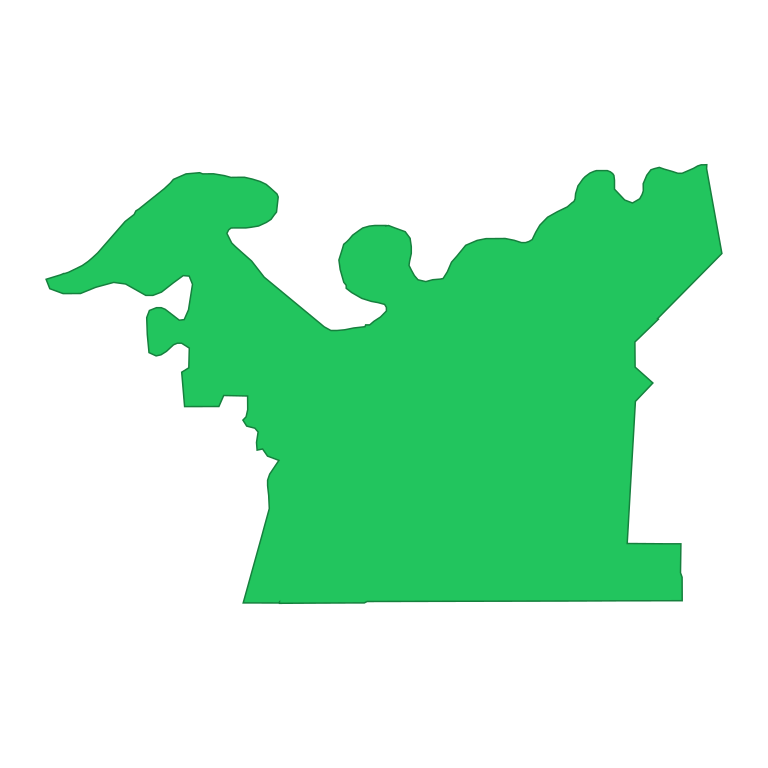 the district of Foni Kansala, West Coast, Gambia
{"feature_id": "56634734B42615963496738", "entity_name": "Foni Kansala", "entity_type": "district", "adm_level": 2, "iso_a3": "GMB", "parent_name": "Gambia", "parent_adm1": "West Coast", "projection": "albers", "projection_center": [-16.082, 13.232], "detail": "fine", "context": "isolated", "style": "filled", "palette": "green", "viewbox_px": 768, "rotation_deg": 0, "n_neighbors": 0, "source": "geoboundaries", "source_scale": "gbopen_adm2", "svg_char_len": 3021}
<svg xmlns="http://www.w3.org/2000/svg" viewBox="0 0 768 768"><path d="M243.2,602.9L278.7,603.0L279.5,602.0L279.5,603.3L311.8,603.1L356.8,602.9L364.4,602.9L367.1,601.5L448.4,601.3L575.6,601.0L598.8,600.9L619.5,600.8L682.2,600.7L682.1,577.2L680.5,572.8L680.9,543.8L665.1,543.8L627.2,543.5L630.8,480.5L633.5,434.6L635.4,401.4L652.9,383.0L635.1,367.1L634.9,342.0L658.4,319.2L657.5,318.7L721.9,253.5L706.6,168.7L706.8,164.7L704.2,164.8L701.2,164.8L697.6,166.0L693.4,168.4L682.1,173.3L680.3,173.3L677.9,173.3L672.5,171.5L664.1,169.1L659.3,167.4L654.5,168.6L650.9,169.8L646.8,175.2L643.2,183.7L643.3,190.9L642.1,194.5L639.7,198.8L632.5,203.0L624.7,200.0L614.5,189.2L614.5,180.2L613.9,175.4L612.7,173.6L610.3,171.8L607.3,170.6L603.7,170.6L599.5,170.6L596.5,170.6L594.1,171.3L589.9,173.1L585.1,176.7L582.8,179.1L579.8,183.4L578.0,185.8L575.6,193.6L575.1,199.0L573.9,201.5L572.1,202.7L567.3,206.9L557.6,211.6L557.2,211.8L547.6,217.2L539.9,225.1L535.7,232.3L532.2,239.6L530.1,240.8L529.2,241.4L525.6,242.6L521.4,242.6L514.2,240.3L505.2,238.5L492.6,238.6L486.1,238.6L477.1,240.4L465.7,245.3L456.8,256.2L451.5,262.2L447.3,271.9L443.1,278.5L440.2,279.1L432.9,279.7L432.4,279.8L425.8,281.6L418.0,279.8L414.4,275.6L411.4,270.2L409.0,265.4L409.6,261.2L411.3,253.4L411.3,246.7L410.1,238.3L405.2,231.7L394.5,227.8L388.5,225.5L384.9,226.1L386.7,225.5L374.7,225.5L369.3,226.1L362.7,228.0L359.2,230.4L352.6,235.2L349.0,239.5L346.6,241.9L343.7,244.3L342.5,248.5L338.9,260.0L340.2,269.6L343.8,282.3L346.2,285.3L346.2,288.3L351.6,292.5L361.8,298.4L371.4,301.4L378.0,302.6L384.6,304.4L386.4,307.4L386.4,311.0L380.5,317.0L373.9,321.3L369.7,324.9L365.6,324.9L365.0,326.7L353.6,328.0L347.2,329.3L344.6,329.8L336.9,330.5L330.9,330.5L324.3,326.9L264.2,277.2L251.6,261.0L241.4,252.0L235.4,246.6L231.7,243.0L226.9,233.4L228.7,229.8L231.1,228.0L234.7,227.9L246.0,227.9L250.8,227.3L258.6,226.0L266.4,222.4L271.1,219.3L274.1,215.1L276.5,212.1L278.2,197.0L277.0,194.0L270.4,188.0L266.2,184.4L260.2,181.5L252.4,179.1L244.6,177.3L238.6,177.3L230.9,177.4L224.3,175.6L213.5,173.8L202.7,173.9L199.7,172.7L186.0,173.9L173.4,179.4L170.4,183.0L165.4,187.6L164.5,188.5L138.8,209.1L135.9,210.9L134.1,214.5L125.1,221.5L97.7,252.9L92.4,257.8L88.2,261.4L82.2,265.6L68.5,272.3L64.9,273.5L63.7,273.5L60.7,274.8L47.0,279.0L46.1,279.3L49.8,288.7L63.1,293.6L80.5,293.5L95.2,287.5L96.4,287.1L113.7,282.4L125.6,284.0L145.8,295.4L152.9,295.4L161.5,292.1L173.5,282.7L183.2,275.6L189.2,276.1L192.5,284.3L188.5,309.8L184.2,319.6L179.3,320.2L165.2,309.3L161.3,307.7L156.4,307.7L149.4,310.5L146.7,317.6L147.3,334.6L149.0,352.6L156.1,355.9L161.0,354.8L166.4,351.4L173.5,344.8L177.3,343.2L181.6,343.2L189.3,348.1L188.8,367.8L181.7,372.2L184.6,406.6L218.9,406.5L223.7,395.5L247.6,396.0L247.7,409.7L246.1,416.8L242.9,420.1L246.7,426.1L254.9,428.2L258.1,432.0L256.5,442.5L257.1,450.1L262.6,449.0L267.5,456.1L278.9,460.4L269.7,474.1L267.6,480.2L267.6,485.6L268.2,491.2L268.7,495.5L269.3,508.6L264.1,527.5L262.3,534.2L243.2,602.9Z" fill="#22c55e" stroke="#15803d" stroke-width="1.5"/></svg>